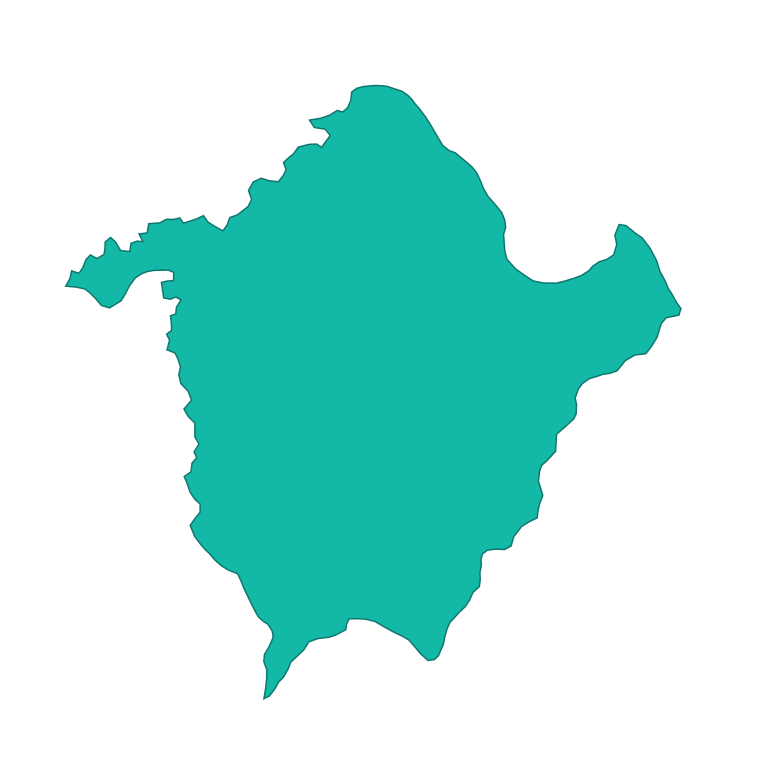 the district of Borborema, São Paulo, Brazil, rotated 173°
{"feature_id": "56859067B94148690757902", "entity_name": "Borborema", "entity_type": "district", "adm_level": 2, "iso_a3": "BRA", "parent_name": "Brazil", "parent_adm1": "São Paulo", "projection": "orthographic", "projection_center": [-49.058, -21.606], "detail": "fine", "context": "isolated", "style": "filled", "palette": "teal", "viewbox_px": 768, "rotation_deg": 173, "n_neighbors": 0, "source": "geoboundaries", "source_scale": "gbopen_adm2", "svg_char_len": 3590}
<svg xmlns="http://www.w3.org/2000/svg" viewBox="0 0 768 768"><g transform="rotate(173 384 384)"><path d="M687.9,519.9L677.7,517.7L669.3,514.8L664.9,510.4L660.0,504.2L654.9,496.4L647.1,493.0L634.9,498.6L630.1,504.5L624.5,512.7L617.7,519.8L611.0,523.0L605.6,524.4L598.6,524.8L584.4,523.4L579.0,520.4L580.4,512.3L587.0,512.6L592.5,512.0L592.2,496.4L585.6,494.2L580.1,495.7L575.2,492.3L580.7,485.4L582.1,478.9L587.6,477.7L587.6,470.3L588.3,463.1L593.7,459.9L591.5,453.6L595.2,444.3L587.7,440.3L585.6,434.4L583.9,425.9L586.5,418.2L585.6,409.2L579.3,400.7L577.0,391.4L585.6,383.5L582.2,375.5L576.4,368.2L577.5,360.8L578.1,354.3L575.0,347.1L580.8,339.6L578.8,333.8L584.2,328.8L586.3,320.3L593.6,316.5L591.9,310.9L589.7,300.4L585.8,292.6L581.1,287.2L582.2,279.1L588.6,272.9L593.6,267.3L590.4,255.6L585.3,246.8L581.2,240.9L577.6,236.5L573.3,229.9L567.8,223.7L562.2,219.0L557.4,216.2L552.4,213.6L549.6,204.9L548.1,198.7L545.4,190.9L542.6,182.6L540.3,176.0L537.1,168.2L532.8,163.2L528.5,159.7L525.0,152.3L524.9,146.0L530.1,137.3L535.6,130.1L537.1,123.3L535.2,114.7L536.3,106.2L538.6,96.2L541.5,86.3L535.6,88.4L528.7,95.6L525.2,100.8L519.5,105.3L513.6,113.3L510.4,119.3L504.0,124.0L496.3,129.6L490.1,137.2L480.6,139.4L469.6,139.4L463.2,140.5L451.9,144.8L450.4,150.3L447.1,155.3L437.6,154.1L431.2,152.9L422.0,149.5L413.8,143.2L404.3,136.4L395.9,131.0L390.6,127.0L385.4,119.3L380.8,112.1L374.1,104.3L367.8,104.3L363.0,107.7L360.2,112.7L356.9,118.3L354.7,125.1L351.2,133.4L347.5,139.5L342.8,143.3L337.9,147.7L330.3,153.3L325.4,159.1L321.1,166.3L314.1,171.3L312.3,178.2L311.8,185.0L309.4,192.3L309.2,198.1L306.9,203.4L301.6,206.5L293.0,206.5L284.5,205.0L277.5,207.8L274.0,216.4L264.9,225.8L256.7,229.6L248.3,232.5L246.3,240.5L244.0,246.5L240.0,253.9L241.3,262.0L242.6,268.8L240.2,278.5L237.4,284.1L231.8,287.9L221.9,296.3L220.6,303.5L218.9,313.1L208.2,320.3L199.9,326.3L196.9,331.0L195.4,340.2L196.0,346.8L191.8,355.2L187.0,360.3L179.5,364.3L171.9,365.6L165.7,366.9L158.5,367.1L151.1,368.7L146.4,373.1L141.7,377.8L131.3,382.2L120.4,382.2L113.7,389.0L107.3,397.1L101.5,410.1L96.0,415.3L82.9,416.5L80.1,422.7L83.8,429.5L87.3,438.2L90.3,444.4L92.3,451.7L96.4,462.2L98.4,473.2L103.3,486.2L110.0,497.7L115.2,502.1L119.4,506.5L124.6,511.8L131.2,513.6L136.7,503.6L136.0,493.9L140.4,484.1L148.2,480.3L155.6,479.1L162.7,475.3L167.1,471.3L175.2,467.5L183.5,465.6L192.8,464.0L200.7,463.1L213.7,464.9L223.3,468.1L228.2,472.1L239.2,482.0L246.8,492.7L247.9,501.3L247.1,517.9L244.2,524.4L244.2,531.9L246.2,539.7L250.9,547.2L258.1,557.8L261.5,566.2L263.5,573.9L266.2,582.1L269.9,588.3L275.7,594.8L281.0,600.4L285.1,604.8L290.8,607.7L296.6,613.5L302.9,627.8L305.3,633.6L310.2,644.0L315.4,652.9L318.9,658.1L321.8,663.4L325.6,668.0L330.6,672.4L345.0,679.2L353.0,680.9L358.5,681.5L368.7,681.7L375.0,680.8L380.5,677.7L382.3,669.6L386.7,662.4L391.9,659.0L397.1,661.2L405.1,657.5L414.1,655.5L425.8,655.0L421.9,647.1L411.3,644.1L407.1,637.2L411.2,632.8L417.1,626.6L421.7,630.4L428.9,631.0L440.2,629.6L445.7,623.5L450.9,620.4L456.8,616.0L455.0,608.5L458.5,603.3L464.2,597.6L473.5,599.8L480.8,603.2L489.2,600.4L494.9,592.6L492.9,583.3L497.2,576.8L508.9,569.7L516.7,568.0L520.4,560.8L525.3,555.6L532.6,560.9L539.3,566.5L542.6,573.1L549.4,570.9L555.4,569.6L563.5,568.0L566.4,573.7L572.8,573.0L580.1,574.0L586.8,571.2L598.0,571.8L600.6,562.8L608.8,562.8L606.1,554.7L611.9,555.9L618.0,554.4L620.1,546.5L629.1,548.5L633.1,557.5L637.6,562.8L643.5,558.8L644.3,553.1L646.1,546.7L653.7,543.5L659.7,547.9L664.6,543.8L668.9,536.0L673.3,531.0L680.2,534.4L682.9,526.9L687.9,519.9Z" fill="#14b8a6" stroke="#0f766e" stroke-width="1.5"/></g></svg>